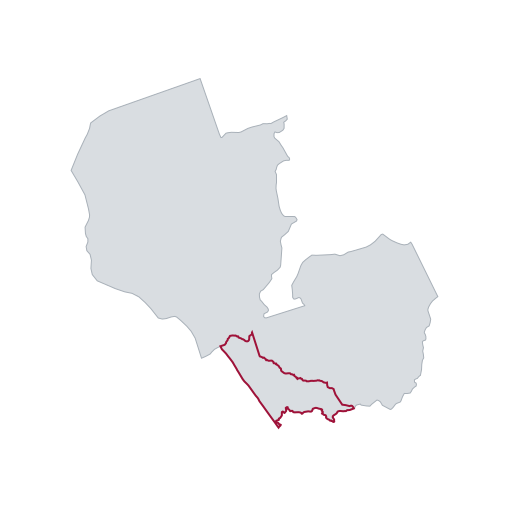 Eastern on a map of Zambia (orthographic projection), rotated 73°
{"feature_id": "ZMB-518", "entity_name": "Eastern", "entity_type": "Province", "adm_level": 1, "iso_a3": "ZMB", "parent_name": "Zambia", "parent_adm1": "", "projection": "orthographic", "projection_center": [31.874, -13.313], "detail": "fine", "context": "in_parent", "style": "outline", "palette": "rose", "viewbox_px": 512, "rotation_deg": 73, "n_neighbors": 0, "source": "natural_earth", "source_scale": "10m", "svg_char_len": 8629}
<svg xmlns="http://www.w3.org/2000/svg" viewBox="0 0 512 512"><g transform="rotate(73 256 256)"><path d="M337.8,338.0L316.8,338.2L309.1,340.0L302.9,342.7L295.5,346.9L291.2,349.7L290.0,351.3L289.5,354.8L289.6,360.2L288.9,364.1L286.7,367.6L275.4,372.0L268.1,375.6L260.9,379.9L255.5,385.4L251.9,392.0L245.9,400.3L233.3,415.1L225.9,418.0L219.6,417.5L211.9,414.6L205.9,414.2L201.5,416.2L197.3,415.7L193.5,412.7L190.3,411.7L187.7,412.6L184.5,412.5L178.4,411.0L173.1,405.9L170.2,403.9L168.0,403.1L161.8,402.4L147.5,401.7L132.9,404.7L120.1,407.8L106.4,396.7L93.2,384.8L90.3,381.8L85.4,377.9L81.8,376.0L80.4,375.1L76.5,364.3L74.1,354.3L70.0,257.6L128.8,255.4L132.5,254.9L132.7,253.9L129.8,248.8L129.9,246.9L130.5,243.4L132.9,236.3L133.0,234.0L131.6,226.4L131.5,222.1L132.0,213.5L131.5,210.6L132.8,206.7L133.2,204.1L133.7,203.0L133.0,200.0L131.5,189.8L130.7,185.6L134.3,186.1L135.5,188.2L136.2,190.4L137.9,190.5L142.1,191.8L143.6,193.6L144.7,197.7L144.2,199.8L142.9,201.6L144.3,203.0L147.1,203.9L148.8,203.6L153.5,200.6L157.8,199.5L160.1,198.7L169.9,196.6L171.8,195.5L173.2,195.5L174.2,196.3L173.3,199.2L173.1,201.8L174.4,206.6L175.4,208.9L177.5,210.5L179.0,211.3L180.7,213.0L184.1,212.6L191.7,214.9L194.0,216.0L197.2,217.1L199.4,217.5L207.2,218.2L215.4,219.4L219.7,219.4L222.7,219.0L224.8,218.2L226.1,217.4L226.7,216.7L229.6,207.4L231.2,206.6L233.2,206.1L234.4,207.0L235.8,212.8L241.9,217.9L244.0,222.3L245.5,226.1L246.8,227.1L249.1,228.4L252.7,228.8L255.9,228.9L272.0,235.1L273.8,236.2L275.8,239.7L277.0,243.5L278.3,246.6L280.4,247.2L282.2,247.4L284.0,249.5L285.4,251.3L290.3,258.9L291.0,261.9L293.3,263.9L296.4,264.7L299.3,264.8L300.9,263.9L305.0,262.3L308.1,260.4L310.4,259.8L311.8,260.1L312.9,261.4L313.6,265.2L315.9,266.4L317.5,265.9L318.2,264.4L318.2,263.7L317.8,223.9L316.4,224.2L314.6,225.3L310.3,225.5L308.7,226.3L308.2,227.6L308.5,229.3L308.6,231.5L308.0,232.6L306.2,233.0L303.5,232.2L298.6,231.1L294.5,230.4L291.6,227.5L287.6,223.0L285.0,220.8L278.7,216.2L277.6,215.2L275.7,213.1L274.0,209.4L272.4,205.1L271.5,202.3L273.0,198.1L276.5,184.3L277.3,180.0L280.3,175.6L280.5,171.7L279.2,166.7L279.5,163.9L279.7,148.1L278.8,143.2L276.7,137.7L272.1,130.0L272.1,128.4L279.1,123.3L281.1,121.4L284.7,117.3L287.2,113.9L288.7,111.1L289.2,107.4L288.0,104.0L290.4,103.3L348.0,94.0L348.9,96.4L350.6,100.3L352.6,103.1L355.1,105.7L357.2,107.2L358.6,107.6L367.5,107.4L370.7,109.0L373.5,110.9L374.2,113.9L376.0,115.8L378.0,117.3L378.8,117.5L380.3,117.1L382.6,117.1L384.8,117.7L385.9,118.4L386.0,120.9L386.7,122.0L389.7,122.5L392.7,122.7L395.7,124.4L398.9,124.7L402.5,125.4L404.3,127.3L408.2,129.2L413.0,130.9L418.3,133.7L418.4,134.5L419.3,136.2L420.2,137.4L420.3,139.1L420.7,140.7L422.1,141.1L423.2,141.2L424.2,140.1L425.6,140.1L427.2,140.9L427.7,142.7L428.9,145.2L430.8,147.0L432.1,148.6L431.7,151.6L430.8,154.4L433.5,157.1L436.9,159.7L437.8,160.8L438.1,164.7L438.6,166.0L440.9,169.2L442.0,171.3L442.0,172.5L435.7,178.8L431.8,179.7L430.1,181.0L429.1,182.4L431.6,188.7L432.9,191.0L431.8,194.0L429.3,199.1L428.1,199.5L427.9,203.4L428.6,204.8L429.9,205.9L430.3,208.5L430.2,215.0L428.6,222.3L431.4,228.7L432.4,229.4L436.2,229.5L436.9,230.1L436.0,231.9L433.2,234.7L428.3,236.9L421.2,239.2L419.7,241.6L418.7,244.9L419.5,246.9L420.4,248.1L420.1,251.0L419.5,254.1L419.7,256.6L419.3,258.7L418.4,259.8L417.2,263.0L415.6,266.3L414.4,267.8L412.6,269.4L409.8,270.7L409.9,271.3L413.0,272.8L413.9,273.9L414.2,274.6L412.8,276.3L414.3,277.3L416.1,278.1L417.7,280.3L419.7,284.4L420.0,284.9L420.6,284.9L421.6,284.5L423.6,282.8L425.0,282.2L426.7,284.6L397.1,294.6L390.2,296.7L379.8,300.3L376.5,301.6L373.8,303.0L346.4,311.0L342.1,312.6L332.5,316.7L332.1,317.3L332.3,319.2L333.1,323.0L334.9,326.4L336.3,328.4L337.3,333.5L337.8,338.0Z" fill="#d9dde1" stroke="#a8b0b8" stroke-width="1"/><path d="M430.4,207.0L430.7,211.2L430.5,212.4L430.1,213.6L430.1,214.1L430.5,214.8L430.6,215.3L430.5,215.8L430.3,216.3L430.0,218.0L428.7,221.0L428.6,222.1L428.6,223.2L428.9,223.7L429.8,224.6L430.1,225.0L430.5,226.1L431.1,228.4L431.7,229.4L432.8,229.8L435.2,229.1L436.4,229.5L437.0,229.5L437.3,229.7L437.4,230.3L437.1,230.8L436.1,231.4L435.9,232.0L435.4,232.1L435.2,232.3L435.2,233.1L434.9,233.5L434.0,233.9L433.6,234.2L433.1,235.0L432.4,235.6L431.7,236.1L431.0,236.2L430.7,236.2L430.2,235.8L429.8,235.8L428.9,235.9L428.6,236.0L428.3,236.5L427.7,237.6L427.3,237.9L427.0,238.0L426.8,238.1L426.6,238.2L426.5,238.3L426.3,238.5L426.2,238.8L425.7,238.9L425.2,238.0L424.9,237.8L424.6,237.7L424.4,237.8L423.9,237.9L423.6,238.0L423.3,238.3L423.1,238.4L422.8,238.2L422.7,237.9L422.3,237.7L422.1,237.8L421.6,238.2L421.3,238.7L420.3,240.6L419.1,242.3L418.7,243.2L418.6,243.8L418.7,246.2L419.0,246.6L419.8,247.1L420.6,247.8L420.9,248.6L420.7,249.6L419.8,251.5L419.3,255.2L419.3,255.7L419.5,256.3L419.7,256.9L420.2,257.6L420.3,258.0L420.2,258.4L419.2,258.7L418.4,259.7L417.8,261.0L417.3,262.9L416.9,264.6L416.3,265.9L415.4,266.3L414.8,266.4L414.6,266.8L414.5,267.3L414.5,267.9L414.4,268.6L414.0,268.9L412.8,269.1L412.4,269.4L411.5,270.1L411.1,270.2L410.5,270.0L410.0,269.9L409.7,270.2L409.6,270.9L410.0,271.9L411.0,272.1L412.1,272.1L413.0,272.5L414.2,274.2L414.4,274.6L414.1,275.0L412.9,275.5L412.6,275.9L412.8,276.8L413.7,277.2L414.8,277.5L415.8,277.8L416.3,278.2L417.9,280.2L418.0,280.7L418.1,281.2L418.2,281.7L418.5,281.9L419.1,281.9L419.3,282.0L419.5,282.3L419.5,282.5L419.4,284.3L419.5,284.8L420.3,285.8L420.8,285.6L421.8,284.0L422.3,283.5L422.7,283.3L423.8,283.0L424.1,282.7L424.4,281.9L424.7,281.7L425.2,282.1L426.2,284.0L426.7,284.6L424.4,285.4L421.6,286.3L417.6,287.7L412.1,289.6L406.8,291.4L402.0,293.0L398.6,294.2L395.7,295.2L393.1,295.6L391.9,296.0L389.5,297.1L386.3,298.2L382.1,299.6L377.6,301.1L375.4,302.2L372.5,303.8L369.8,304.8L366.5,305.6L362.4,306.6L359.1,307.5L358.5,307.5L354.1,308.6L350.9,309.3L346.5,310.9L343.8,312.0L340.5,313.2L337.5,314.7L335.2,315.9L332.4,316.3L331.9,316.4L331.8,312.4L331.6,311.5L331.5,311.4L331.1,311.0L330.9,310.6L330.6,310.2L330.3,310.1L329.8,309.8L329.6,309.7L328.2,307.8L328.1,307.7L327.9,307.6L327.2,307.3L327.0,307.2L326.9,306.9L326.8,306.5L326.7,306.3L326.5,306.0L325.7,305.1L325.0,304.5L324.8,304.2L325.0,302.5L325.2,301.3L325.4,300.9L325.5,300.7L325.8,300.1L325.9,299.3L326.0,299.0L326.1,298.8L326.4,298.4L326.7,298.3L326.8,298.2L327.0,298.1L327.2,297.9L327.3,297.6L327.4,297.1L327.5,296.8L327.6,296.6L327.8,296.5L328.3,296.6L328.5,296.6L328.9,296.5L329.1,296.2L330.3,294.5L331.2,293.7L331.5,293.5L331.6,293.2L331.7,292.9L331.9,292.7L332.0,292.6L332.3,292.4L332.7,291.9L333.0,291.7L333.8,291.3L334.2,291.0L334.4,290.7L334.7,290.2L334.9,289.8L335.0,289.4L335.1,289.1L335.1,288.9L335.0,288.5L335.0,288.3L334.9,288.2L334.7,287.9L334.6,287.6L334.4,287.4L334.2,287.3L334.1,287.2L333.7,286.9L333.2,286.7L331.7,286.2L330.9,285.9L330.7,285.8L330.6,285.6L329.7,282.9L329.6,282.6L329.4,282.5L329.2,282.5L328.6,282.4L328.2,282.3L328.0,282.2L327.9,282.1L352.6,281.8L352.9,281.7L353.2,281.6L353.4,281.2L353.6,280.9L354.1,280.4L354.6,279.7L355.3,279.3L355.5,278.7L355.4,278.2L355.7,277.9L356.1,277.8L357.0,277.2L357.3,277.0L358.2,276.9L358.6,276.7L358.4,276.1L358.9,275.6L359.0,275.5L359.8,274.7L360.0,274.2L360.5,271.9L360.9,271.2L361.8,270.8L362.1,270.4L362.4,270.3L363.3,270.4L363.7,270.4L364.0,269.6L364.6,268.8L364.7,268.4L364.8,268.1L365.1,268.1L365.4,268.1L365.6,268.3L365.8,268.1L366.1,267.8L367.3,266.8L368.0,266.4L369.6,266.1L370.3,265.6L370.6,265.3L371.3,265.1L371.8,265.2L372.5,265.4L373.1,265.4L373.6,265.2L376.2,263.3L376.9,262.3L377.3,261.0L377.5,259.7L378.1,257.8L378.3,257.6L378.9,257.4L379.2,257.2L379.4,257.0L379.4,256.7L379.7,256.0L380.1,255.6L380.6,255.1L380.7,254.3L380.9,254.3L380.9,254.5L381.0,254.6L381.1,254.8L381.6,254.4L382.3,254.1L382.7,253.7L383.1,253.3L383.3,253.2L383.9,253.1L384.2,253.0L384.3,252.8L384.4,252.5L384.8,252.7L385.1,252.6L385.3,252.4L385.7,252.3L385.5,251.6L385.5,251.0L385.6,250.3L385.7,249.8L385.7,249.6L385.7,249.3L385.7,249.1L385.9,249.0L386.1,249.0L386.4,248.9L386.8,248.5L386.9,248.3L387.0,248.0L387.4,248.0L388.0,247.8L388.7,247.5L389.0,247.2L389.1,246.6L389.6,245.2L389.9,244.6L390.2,244.4L390.4,244.3L390.6,244.2L390.8,243.5L391.1,242.9L391.2,242.5L391.2,242.1L391.4,241.0L391.4,239.9L391.5,239.6L391.6,239.4L391.8,239.1L391.9,238.3L392.2,237.9L392.9,234.7L392.9,233.3L393.0,233.0L393.3,232.6L393.4,232.4L393.4,231.9L393.5,231.7L393.8,231.5L394.1,231.2L394.3,230.8L394.7,229.8L395.1,229.4L396.7,228.2L396.8,227.8L397.3,227.1L397.6,226.5L397.8,225.8L397.8,225.1L400.5,225.7L402.4,225.7L404.0,224.0L404.5,222.1L405.9,220.7L407.8,220.7L411.8,220.5L419.1,218.3L423.4,217.0L424.8,213.9L426.9,210.4L426.9,208.8L427.5,207.9L428.8,207.3L430.4,207.0Z" fill="none" stroke="#9f1239" stroke-width="2"/></g></svg>